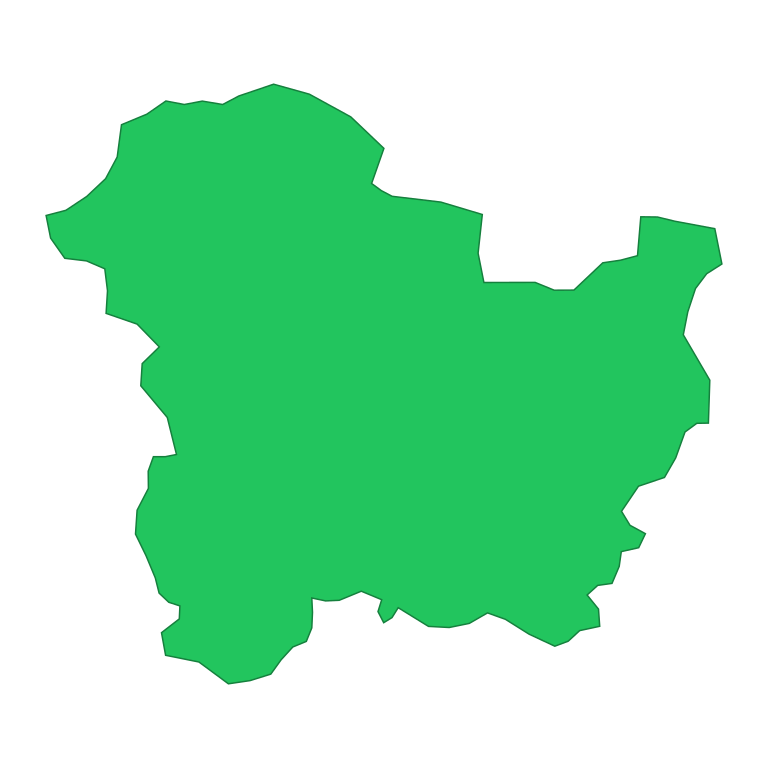 the border of Targovishte
{"feature_id": "BGR-2257", "entity_name": "Targovishte", "entity_type": "Province", "adm_level": 1, "iso_a3": "BGR", "parent_name": "Bulgaria", "parent_adm1": "", "projection": "robinson", "projection_center": [26.357, 43.248], "detail": "fine", "context": "isolated", "style": "filled", "palette": "green", "viewbox_px": 768, "rotation_deg": 0, "n_neighbors": 0, "source": "natural_earth", "source_scale": "10m", "svg_char_len": 1443}
<svg xmlns="http://www.w3.org/2000/svg" viewBox="0 0 768 768"><path d="M383.7,622.7L378.0,611.6L381.7,599.7L361.3,591.2L339.2,600.3L325.6,600.9L311.8,598.0L312.5,612.4L311.8,627.9L306.3,641.4L292.8,647.0L281.1,659.8L270.8,674.1L250.1,680.6L228.4,683.8L198.9,662.0L165.6,655.3L161.5,632.7L179.3,618.9L179.9,605.9L168.8,602.3L159.1,593.1L155.3,577.9L146.0,555.6L135.5,534.1L137.1,510.2L148.4,488.4L148.2,471.2L153.4,456.7L165.2,456.7L176.5,454.5L167.3,417.5L140.8,385.8L142.2,363.6L159.3,346.9L137.1,324.1L106.1,313.4L107.5,290.8L104.8,268.8L86.5,260.9L64.8,258.3L50.6,238.1L46.1,215.5L65.9,210.3L86.8,196.4L105.6,178.7L117.2,157.0L121.5,124.7L146.8,114.2L165.9,101.0L184.3,104.5L202.3,101.1L222.7,104.5L238.8,96.0L273.6,84.2L309.4,94.2L350.8,116.9L383.9,148.4L371.6,183.5L381.3,190.6L392.1,196.3L440.9,202.1L482.3,214.5L478.1,253.2L483.9,282.5L535.1,282.4L554.2,290.2L573.9,290.1L602.8,262.8L620.5,260.2L637.5,255.7L640.8,216.8L657.4,217.0L674.7,221.2L714.8,228.7L721.9,264.0L706.7,273.7L695.5,288.5L687.8,311.8L683.3,334.8L709.8,380.2L708.4,423.1L696.8,423.3L685.0,432.0L675.7,457.9L664.5,477.4L638.5,486.2L621.5,511.3L630.0,525.3L645.4,533.7L638.7,547.7L621.3,551.6L619.2,566.4L612.0,583.4L597.7,585.4L587.1,595.0L598.5,609.1L599.7,626.3L579.7,630.6L568.2,641.2L554.8,646.2L529.3,634.3L505.4,619.3L487.5,612.9L469.3,623.4L449.2,627.5L428.5,626.4L398.2,607.7L392.0,617.6L383.7,622.7Z" fill="#22c55e" stroke="#15803d" stroke-width="1.5"/></svg>